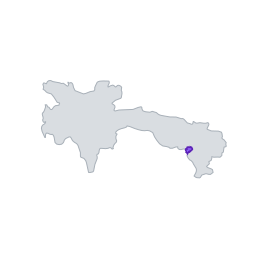 location of Khongxedone, Saravan, Laos, rotated 323°
{"feature_id": "54806243B74103700383879", "entity_name": "Khongxedone", "entity_type": "district", "adm_level": 2, "iso_a3": "LAO", "parent_name": "Laos", "parent_adm1": "Saravan", "projection": "albers", "projection_center": [105.743, 15.558], "detail": "fine", "context": "in_parent", "style": "filled", "palette": "violet", "viewbox_px": 256, "rotation_deg": 323, "n_neighbors": 0, "source": "geoboundaries", "source_scale": "gbopen_adm2", "svg_char_len": 4896}
<svg xmlns="http://www.w3.org/2000/svg" viewBox="0 0 256 256"><g transform="rotate(323 128 128)"><path d="M94.9,43.7L95.9,45.7L100.7,50.9L101.5,52.3L103.3,53.4L104.7,58.0L105.4,58.3L106.2,58.0L106.8,57.3L107.3,55.6L107.7,55.4L108.2,56.9L109.6,57.3L110.2,58.0L110.3,59.1L110.1,60.2L108.9,62.8L108.2,66.3L112.9,73.9L114.9,74.9L119.7,76.2L122.9,77.9L124.4,77.5L125.9,75.6L127.6,74.6L130.8,73.0L131.8,73.0L133.6,73.6L136.5,75.5L140.9,79.0L140.7,80.0L139.9,80.9L137.5,82.2L136.8,83.1L137.2,83.5L139.2,83.7L141.5,84.5L142.2,85.4L142.6,87.5L143.0,87.9L145.2,87.7L145.9,88.0L146.6,88.7L147.4,90.4L147.4,91.7L145.2,94.0L144.9,95.4L143.8,97.0L140.9,99.7L140.1,99.9L134.6,98.3L130.3,98.5L129.9,99.1L130.6,100.7L130.8,102.4L130.1,103.6L127.6,105.2L127.5,105.9L128.0,106.7L131.6,108.2L143.2,116.2L148.5,117.7L150.8,118.7L151.4,119.3L151.4,119.9L150.8,120.8L150.3,122.4L150.3,123.3L150.8,124.2L151.8,125.6L155.0,128.6L157.4,129.3L159.9,132.7L160.6,135.7L161.9,137.7L167.9,144.2L173.0,148.2L176.1,152.5L177.5,153.5L178.0,155.0L178.4,159.6L180.2,161.9L180.6,162.8L181.3,163.5L182.2,163.6L184.0,162.1L184.3,162.3L185.1,164.7L185.9,165.6L188.6,167.0L191.5,169.9L193.0,171.0L195.0,171.8L195.2,172.7L194.9,173.6L194.3,174.2L191.0,175.9L190.5,176.7L192.7,180.4L198.3,184.9L200.1,187.6L199.7,189.0L198.2,191.7L197.1,192.4L196.8,193.2L197.6,195.4L197.6,198.8L196.5,199.6L195.5,201.6L194.9,201.8L193.2,201.1L189.6,204.6L188.0,204.5L186.3,206.5L183.9,206.7L182.3,205.3L178.9,202.9L177.7,201.4L176.6,202.7L174.8,203.9L172.3,203.5L171.6,205.3L171.1,205.6L168.1,205.9L167.5,206.2L168.0,207.8L169.8,210.6L170.4,212.1L169.2,214.7L166.0,214.7L164.6,213.6L162.8,211.4L158.7,210.0L156.0,211.0L155.2,210.9L153.1,209.1L152.4,207.9L151.9,206.1L155.0,204.7L156.6,203.6L157.6,202.4L158.1,201.2L158.6,196.1L159.0,194.3L158.8,192.1L158.0,190.4L158.0,187.8L158.4,185.7L159.6,184.6L160.4,183.1L160.9,179.7L160.5,178.8L159.4,178.0L157.4,177.2L156.2,176.2L155.7,175.0L155.7,173.9L156.3,173.0L154.9,172.0L151.3,170.9L149.4,169.5L149.0,167.9L147.5,165.9L145.0,163.3L143.7,159.6L143.6,154.9L143.9,151.0L145.0,146.5L143.5,143.2L141.9,141.5L139.7,140.2L137.6,138.4L135.6,136.0L133.1,132.5L130.3,127.9L128.5,125.8L127.5,126.3L125.4,125.8L122.3,124.5L119.6,123.7L117.3,123.6L115.8,123.9L115.1,124.6L115.0,125.3L115.6,126.0L115.3,126.5L114.1,126.9L113.1,127.6L111.9,129.3L111.2,131.5L110.0,132.3L108.2,132.5L106.4,133.1L104.7,134.2L103.9,135.0L104.0,135.5L103.6,135.6L102.7,135.3L102.4,134.6L102.4,133.4L101.5,132.6L99.8,132.2L97.7,131.0L93.9,127.7L93.0,127.6L91.7,128.4L90.0,130.1L88.6,130.8L87.5,130.4L86.6,131.0L86.0,132.6L84.9,133.9L79.6,137.2L74.7,141.6L73.5,141.9L70.7,140.6L69.8,139.7L73.9,130.8L74.6,128.6L74.5,125.7L72.9,123.2L72.8,122.5L73.1,121.8L75.2,119.0L77.6,111.8L77.6,109.6L76.6,107.1L76.1,104.7L76.6,101.5L76.5,100.3L75.4,99.6L71.8,98.9L69.7,99.4L68.7,100.2L67.5,100.8L65.3,101.0L63.1,99.9L61.4,98.0L61.0,95.7L63.4,91.0L64.0,89.1L63.9,88.2L63.6,87.3L63.0,87.2L61.9,86.0L60.9,84.0L59.8,83.0L58.9,83.2L57.9,83.9L56.4,85.8L55.9,85.5L57.4,78.9L58.7,76.1L60.2,74.8L61.8,74.3L63.4,74.5L64.8,74.3L65.9,73.6L65.8,73.2L64.5,73.1L64.0,72.3L64.3,70.9L64.9,70.0L65.8,69.6L66.7,68.2L67.6,65.8L68.6,64.6L69.8,64.6L71.9,63.6L74.8,61.6L75.9,59.7L77.0,60.6L76.6,62.9L77.1,63.4L77.4,64.2L77.2,65.5L77.4,66.6L77.8,67.1L78.5,67.4L81.6,66.5L83.4,66.5L86.5,68.2L88.3,67.0L88.3,66.6L86.9,64.9L87.4,59.1L87.3,54.7L84.9,51.4L84.4,50.0L84.2,47.9L83.5,46.0L85.3,44.6L86.3,41.9L87.6,41.3L88.0,41.4L89.5,43.5L91.5,42.5L93.0,42.5L94.2,43.1L94.9,43.7Z" fill="#d9dde1" stroke="#a8b0b8" stroke-width="1"/><path d="M164.8,179.5L164.7,179.4L164.4,179.2L164.2,179.2L163.9,179.1L163.7,179.0L163.4,179.4L163.3,179.5L163.1,179.4L162.7,179.5L162.4,179.8L162.3,180.0L162.2,180.0L162.2,179.9L162.2,180.0L162.1,179.9L162.1,180.0L162.1,179.9L161.9,179.9L161.7,179.8L161.4,179.9L161.2,179.9L161.2,180.0L160.9,180.1L160.7,180.3L160.7,180.5L160.6,180.8L160.6,181.0L160.6,181.3L160.6,181.6L160.4,181.8L160.2,182.0L160.0,182.4L160.0,182.6L159.9,182.6L160.0,182.8L160.1,183.0L160.1,183.3L160.1,183.5L160.0,183.8L160.0,184.0L160.0,184.3L160.1,184.2L160.3,184.2L160.5,184.1L160.8,184.0L160.8,183.9L161.0,183.8L161.3,183.7L161.5,183.7L161.6,183.8L161.8,183.9L161.8,184.0L162.0,184.0L162.3,184.2L162.5,184.0L162.7,183.9L162.8,183.8L162.8,183.7L163.0,183.8L163.2,184.1L163.3,184.1L163.6,183.9L163.6,184.0L163.8,184.3L164.0,184.2L164.3,183.9L164.5,184.0L164.6,183.9L164.9,184.0L165.0,184.0L165.2,183.9L165.3,183.9L165.6,183.9L165.9,183.9L166.1,184.0L166.3,184.0L166.4,183.9L166.5,183.9L166.7,183.6L166.7,183.4L166.8,183.3L166.9,183.2L166.8,182.9L166.9,182.7L166.9,182.4L167.0,182.2L167.2,181.8L167.2,181.7L167.0,181.4L167.0,181.5L166.9,181.4L166.7,181.4L166.4,181.3L166.2,181.2L166.2,180.9L165.9,180.7L165.7,180.6L165.6,180.4L165.4,180.4L165.2,180.3L165.1,180.2L164.9,180.1L164.9,179.9L165.0,179.8L164.9,179.7L164.8,179.5Z" fill="#8b5cf6" stroke="#5b21b6" stroke-width="1.5"/></g></svg>